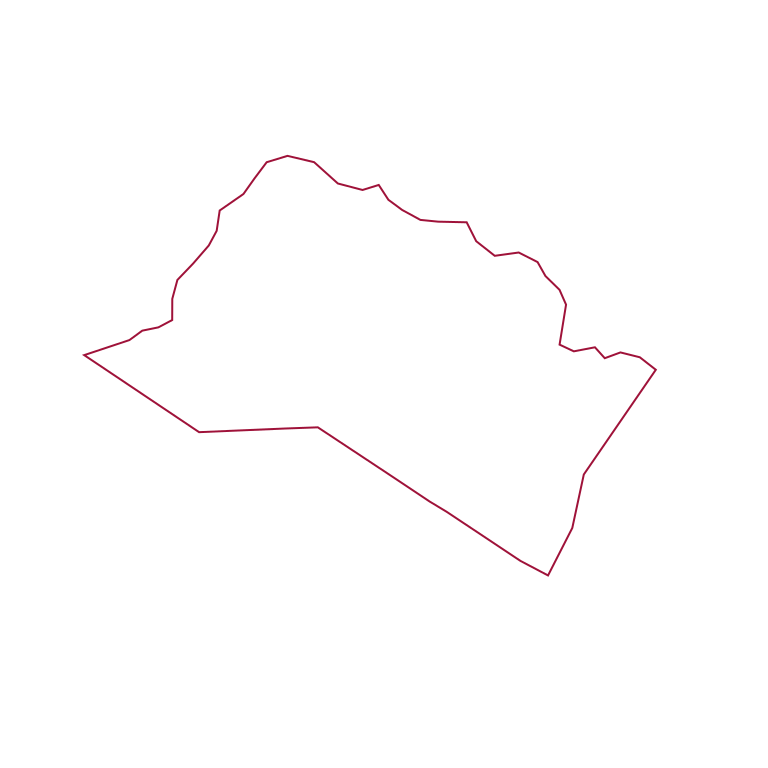 outline of Serra Redonda, Paraíba, Brazil, rotated 57°
{"feature_id": "56859067B59218361658405", "entity_name": "Serra Redonda", "entity_type": "district", "adm_level": 2, "iso_a3": "BRA", "parent_name": "Brazil", "parent_adm1": "Paraíba", "projection": "natural_earth1", "projection_center": [-35.671, -7.175], "detail": "fine", "context": "isolated", "style": "outline", "palette": "rose", "viewbox_px": 768, "rotation_deg": 57, "n_neighbors": 0, "source": "geoboundaries", "source_scale": "gbopen_adm2", "svg_char_len": 765}
<svg xmlns="http://www.w3.org/2000/svg" viewBox="0 0 768 768"><g transform="rotate(57 384 384)"><path d="M293.4,226.6L277.4,250.1L266.2,264.1L247.9,274.0L231.9,280.0L214.2,280.0L209.6,296.3L190.7,313.5L159.9,321.8L140.1,340.7L134.1,361.6L141.0,380.5L148.1,398.4L149.0,427.3L164.4,440.9L172.4,455.5L179.0,478.4L184.2,500.6L197.3,515.2L215.0,526.8L213.6,542.4L207.6,557.7L208.5,573.6L196.5,619.7L210.5,613.7L323.7,565.3L367.4,491.3L384.3,463.1L466.6,427.3L507.5,409.7L525.2,401.1L606.7,365.9L633.9,350.7L607.3,304.5L568.7,265.7L520.1,148.3L500.9,154.9L486.3,168.5L482.6,184.8L468.1,187.1L460.0,207.0L446.6,215.3L416.6,188.1L400.6,185.5L381.4,189.8L365.4,188.8L347.1,199.4L336.8,221.3L314.5,228.9L293.4,226.6Z" fill="none" stroke="#9f1239" stroke-width="2"/></g></svg>